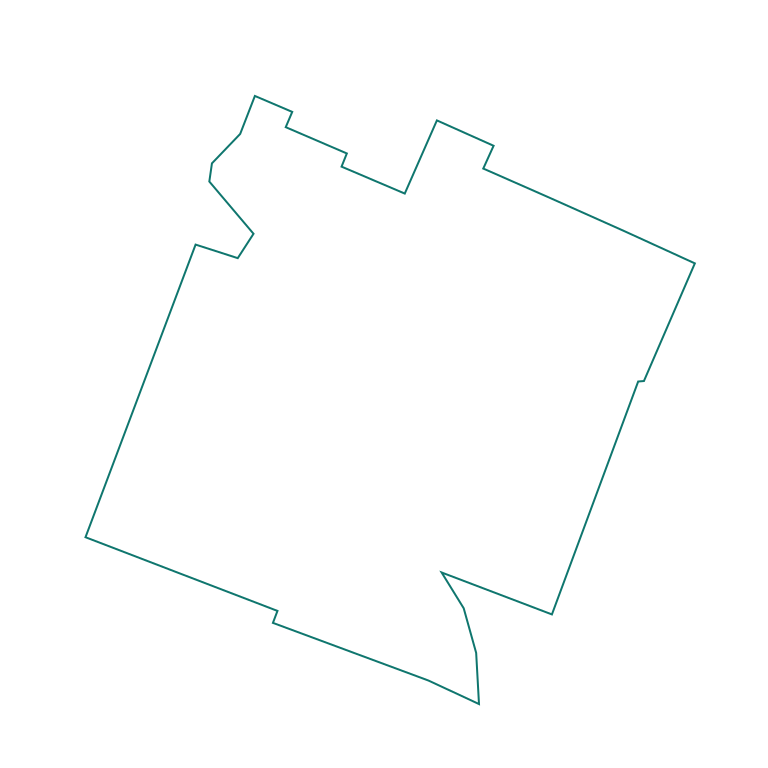 outline of Tompkins, New York, United States of America, rotated 203°
{"feature_id": "52423323B63267759277093", "entity_name": "Tompkins", "entity_type": "district", "adm_level": 2, "iso_a3": "USA", "parent_name": "United States of America", "parent_adm1": "New York", "projection": "mercator", "projection_center": [-76.461, 42.445], "detail": "fine", "context": "isolated", "style": "outline", "palette": "teal", "viewbox_px": 768, "rotation_deg": 203, "n_neighbors": 0, "source": "geoboundaries", "source_scale": "gbopen_adm2", "svg_char_len": 526}
<svg xmlns="http://www.w3.org/2000/svg" viewBox="0 0 768 768"><g transform="rotate(203 384 384)"><path d="M139.4,237.5L151.0,485.6L145.9,488.3L145.0,616.5L221.8,618.6L308.1,620.2L376.8,621.1L376.2,646.1L438.3,647.3L439.3,567.4L508.0,567.5L508.3,581.7L574.8,582.0L574.8,598.6L615.4,598.7L614.1,558.0L628.6,519.9L623.9,502.1L562.8,471.3L567.8,442.7L611.9,438.7L598.9,126.3L393.4,133.5L392.9,120.7L227.2,128.4L171.5,126.5L194.1,172.5L223.0,208.7L257.3,233.0L139.4,237.5Z" fill="none" stroke="#0f766e" stroke-width="2"/></g></svg>